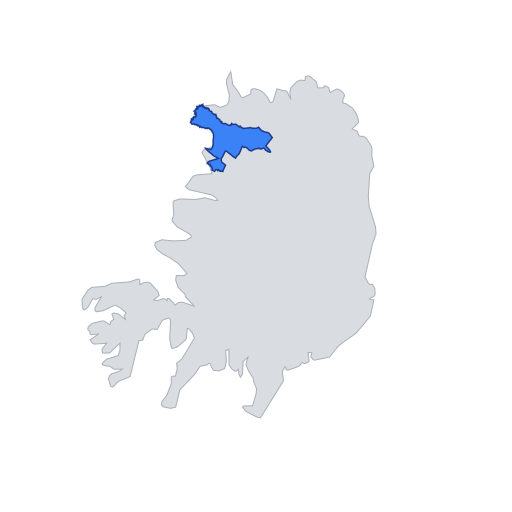 Norðurþing, Norðurland eystra, Iceland shown in context, rotated 300°
{"feature_id": "244011B18729557885943", "entity_name": "Norðurþing", "entity_type": "district", "adm_level": 2, "iso_a3": "ISL", "parent_name": "Iceland", "parent_adm1": "Norðurland eystra", "projection": "orthographic", "projection_center": [-16.378, 66.009], "detail": "fine", "context": "in_parent", "style": "filled", "palette": "blue", "viewbox_px": 512, "rotation_deg": 300, "n_neighbors": 0, "source": "geoboundaries", "source_scale": "gbopen_adm2", "svg_char_len": 9416}
<svg xmlns="http://www.w3.org/2000/svg" viewBox="0 0 512 512"><g transform="rotate(300 256 256)"><path d="M372.0,155.2L375.8,155.4L382.0,152.5L390.7,144.1L394.4,142.2L403.0,142.0L392.8,150.2L389.1,159.0L386.3,163.4L386.3,165.3L393.8,170.4L397.3,168.6L398.9,169.2L400.4,171.7L401.5,176.6L401.0,181.8L399.0,187.0L396.2,191.4L396.6,192.8L399.0,193.4L411.2,190.5L412.8,196.8L413.9,198.8L413.7,201.0L409.0,207.9L414.6,203.5L419.2,202.1L427.1,204.0L430.4,206.3L432.4,210.6L436.3,209.0L438.2,211.4L438.3,214.1L436.9,221.4L432.4,225.2L435.4,230.3L437.8,230.3L438.2,231.5L438.1,234.6L434.6,238.4L440.8,242.2L441.6,243.7L441.4,248.3L440.5,251.0L438.8,252.6L434.5,253.1L431.9,254.9L432.9,257.7L432.3,265.6L429.1,272.2L426.0,275.7L422.9,278.0L414.1,275.8L414.6,281.4L411.6,284.9L412.3,287.7L413.4,289.1L413.0,292.8L409.2,300.5L406.4,303.1L400.7,306.2L392.7,313.2L384.3,313.3L363.9,323.4L355.8,328.9L341.2,344.8L335.0,349.0L324.4,350.9L292.3,360.9L288.5,367.1L288.3,368.5L289.7,370.9L287.1,375.3L282.2,378.4L279.9,378.3L276.0,375.5L275.4,376.8L276.9,380.1L261.0,385.1L239.2,381.3L220.3,372.6L205.1,370.1L195.0,358.7L194.9,357.0L196.2,353.8L200.2,352.7L198.5,349.3L191.7,354.5L189.6,354.2L187.0,351.7L187.1,349.5L181.8,348.2L173.0,340.7L172.4,339.1L174.8,337.0L174.4,336.5L169.3,336.5L161.6,342.2L118.1,340.8L116.9,337.3L116.4,324.8L118.4,319.8L120.1,320.4L124.5,327.9L136.4,325.1L141.3,322.9L146.2,316.6L148.8,314.7L153.1,306.4L157.0,301.5L164.4,299.6L158.1,297.6L146.8,303.5L143.2,303.2L145.1,300.3L149.1,297.3L146.6,296.8L145.7,295.2L145.9,292.0L148.2,287.1L161.6,279.1L158.8,277.1L149.5,283.3L142.9,285.1L138.0,281.5L135.9,276.9L136.3,275.1L139.8,269.9L139.4,268.8L137.4,268.1L132.3,262.6L123.5,262.2L102.1,257.0L84.9,262.0L81.4,258.3L79.0,251.0L79.9,248.4L83.0,247.3L90.9,248.4L103.0,246.5L108.8,243.1L110.7,244.3L111.5,246.3L119.1,244.1L123.3,240.9L129.6,243.3L154.1,243.7L157.6,239.3L159.4,233.9L158.9,232.7L149.6,237.0L147.5,236.7L137.5,233.1L134.0,229.6L135.5,227.3L141.4,222.5L156.1,215.0L158.2,213.4L158.6,211.3L153.4,207.0L143.0,207.1L140.8,202.4L132.5,198.9L126.6,200.0L123.8,197.0L88.6,207.3L78.5,199.5L70.8,197.4L70.4,195.3L75.7,189.7L78.9,189.0L82.0,189.9L87.4,195.0L91.3,196.8L87.0,189.9L87.4,183.8L86.0,182.0L85.0,177.8L85.8,176.5L91.8,178.1L100.8,186.3L105.7,185.6L112.5,181.8L98.8,177.7L95.2,171.6L98.5,169.1L105.7,170.3L98.8,159.9L98.6,158.1L100.4,154.1L110.0,158.9L105.4,152.7L105.4,151.4L107.0,150.5L108.2,147.1L110.9,146.1L115.7,147.8L122.9,155.2L123.8,157.2L123.4,163.9L126.6,163.1L130.2,164.4L133.7,160.2L135.7,161.5L136.9,165.7L135.8,174.6L138.3,171.7L141.9,171.8L143.2,164.6L143.1,158.6L131.9,150.7L127.7,145.3L128.4,143.7L130.9,142.4L143.4,142.5L138.4,139.1L137.4,136.0L127.9,136.1L123.3,134.4L123.3,132.9L125.5,130.9L131.6,126.9L142.4,127.6L146.6,129.3L154.0,140.1L160.3,144.8L170.4,159.5L177.2,165.3L177.4,166.7L176.1,168.1L173.1,169.7L177.2,172.4L179.6,176.2L179.7,177.8L176.4,188.6L173.4,191.9L166.8,189.3L168.1,192.9L172.6,197.0L173.5,199.2L172.7,201.2L175.0,200.7L175.7,202.0L174.1,208.1L172.7,210.3L176.7,211.9L179.2,215.2L181.7,228.0L184.3,218.5L185.5,215.0L187.3,213.8L189.9,204.1L194.9,198.6L199.3,196.7L203.3,203.9L206.4,204.8L210.5,192.9L211.4,184.0L211.1,174.1L212.1,167.2L214.5,163.1L217.4,162.0L223.1,166.5L227.6,176.6L234.6,187.6L239.8,190.5L240.8,190.2L241.9,186.8L241.8,172.8L244.6,165.5L250.9,164.0L260.6,157.6L262.8,157.4L267.3,161.5L275.1,175.9L280.9,182.6L283.7,193.1L285.0,195.1L286.4,191.8L286.7,187.2L280.1,165.5L280.1,162.6L280.9,160.2L293.8,161.7L296.6,164.2L305.3,176.7L309.8,171.7L318.8,157.3L321.8,157.8L329.2,163.8L332.2,163.3L340.9,158.0L342.8,151.3L339.1,137.5L340.7,134.7L348.6,131.2L357.3,131.9L366.3,144.6L366.7,150.6L372.0,155.2Z" fill="#d9dde1" stroke="#a8b0b8" stroke-width="1"/><path d="M360.0,140.0L359.5,139.7L359.3,139.9L358.9,139.8L358.9,139.2L359.5,138.6L358.9,138.1L358.6,138.1L358.6,137.9L358.9,137.9L358.9,137.4L358.6,137.1L358.5,136.9L358.6,136.7L358.8,136.5L358.9,136.9L359.2,136.8L359.2,136.6L359.2,136.3L358.8,136.3L358.9,136.1L358.9,135.8L358.7,135.4L359.4,135.0L359.6,135.1L359.8,134.7L359.6,134.5L359.3,134.7L359.1,134.2L359.3,134.3L359.9,134.1L360.2,134.3L360.4,134.2L359.9,134.0L359.4,134.2L359.2,134.1L359.0,133.9L359.2,133.5L359.5,133.3L358.9,133.1L358.8,132.9L358.3,133.4L358.0,133.2L357.9,133.0L358.0,132.7L358.1,132.4L358.3,132.4L358.3,132.0L358.1,131.9L357.8,132.2L358.1,132.4L358.1,132.6L357.6,132.5L357.7,132.4L357.5,132.2L357.7,131.7L357.0,131.8L356.6,131.6L356.5,130.9L356.0,130.1L355.8,130.0L355.7,130.1L355.8,130.1L355.8,130.8L355.6,131.2L355.3,131.2L354.8,130.9L354.6,130.9L354.6,131.1L354.7,130.9L355.2,131.2L354.8,131.2L354.7,131.9L354.6,132.0L354.4,131.7L354.5,131.6L354.3,131.7L354.1,131.4L354.1,131.2L353.9,131.2L354.1,131.1L353.9,130.9L353.7,130.9L353.7,131.1L353.2,130.8L352.9,130.4L352.5,130.5L351.7,130.3L350.7,130.7L350.5,130.1L350.4,130.0L350.3,130.4L350.1,130.7L350.2,131.1L350.1,131.3L350.1,131.7L349.7,132.6L349.5,132.9L349.0,132.9L349.3,132.9L349.0,133.1L348.6,132.4L348.9,132.3L348.9,132.5L348.9,132.0L348.6,131.9L348.4,132.3L348.7,132.5L348.6,132.8L348.3,133.1L348.5,133.4L348.4,133.7L347.5,134.1L346.9,134.0L346.6,134.3L345.9,134.2L345.9,133.8L345.7,133.6L345.8,133.3L345.4,133.1L345.1,132.4L344.8,132.3L344.0,132.3L343.9,132.6L343.9,132.8L343.5,132.8L343.3,133.1L342.9,133.3L342.7,133.1L342.8,132.9L342.7,132.8L342.8,132.7L342.8,132.4L342.9,132.2L342.5,131.8L342.5,131.6L341.1,132.1L341.3,132.2L341.4,132.4L341.2,132.7L340.7,132.2L339.8,132.6L339.1,132.3L339.0,132.5L338.9,133.0L338.4,133.9L338.4,134.3L338.2,134.4L338.2,134.7L338.7,135.3L338.8,135.6L339.0,135.8L339.2,136.2L339.1,136.8L339.3,136.9L339.1,137.2L339.6,137.6L339.9,138.7L340.5,139.9L340.3,140.2L340.0,140.2L339.9,140.0L339.6,140.2L339.7,140.4L339.7,140.8L340.1,141.2L340.1,141.7L340.2,141.9L340.2,142.3L339.9,142.9L340.1,142.9L340.3,143.4L340.2,143.7L340.2,144.1L340.1,144.5L340.2,145.1L340.9,145.7L340.9,146.2L341.2,146.5L341.1,146.9L341.3,147.4L341.3,148.0L341.2,148.2L341.5,148.3L341.4,148.8L341.5,149.0L342.0,149.1L342.1,149.7L342.3,149.6L342.6,150.0L342.5,150.4L342.4,150.6L342.8,150.8L343.2,151.3L343.1,152.2L342.8,152.6L342.7,153.0L342.9,154.0L342.8,154.3L342.4,155.3L341.9,155.8L341.5,156.1L341.5,156.4L341.5,156.6L340.4,158.1L338.1,159.6L333.4,161.7L331.9,162.8L330.0,163.5L328.1,164.0L326.0,163.8L325.5,163.6L325.5,163.4L325.6,162.9L325.5,162.5L324.5,161.0L324.6,160.7L324.3,159.3L324.3,159.0L324.0,158.4L322.8,162.4L322.1,167.2L321.7,168.4L321.7,174.6L314.6,168.1L313.9,168.1L313.8,167.7L313.1,167.3L312.5,167.2L311.7,167.5L312.1,168.1L312.0,168.5L311.9,169.0L311.7,169.5L311.8,169.9L311.7,170.3L312.2,170.0L312.3,170.2L312.1,170.2L312.3,170.3L312.3,170.5L311.9,171.1L311.0,171.8L311.1,172.1L310.8,172.6L311.1,172.9L311.0,173.3L310.0,174.0L310.0,174.5L308.5,174.8L308.7,177.3L308.6,177.7L310.9,178.2L311.0,178.9L311.2,179.1L311.3,179.7L310.9,180.3L311.4,180.4L311.4,180.2L312.1,180.5L311.8,181.0L311.6,181.6L311.6,182.1L311.4,182.5L312.1,183.8L312.4,184.0L312.5,184.4L312.5,184.7L312.6,185.0L314.3,184.6L319.4,184.2L320.2,179.1L322.8,177.2L324.7,177.4L331.5,177.0L332.0,178.4L331.5,180.7L331.3,182.9L330.6,186.8L330.5,189.3L332.7,189.4L336.3,190.3L344.2,189.3L344.1,189.9L344.2,190.3L344.3,190.9L344.0,191.5L345.0,192.5L345.1,193.4L345.0,194.6L344.3,196.9L344.5,199.1L345.0,199.8L346.0,200.1L346.6,200.7L348.9,202.2L349.2,203.0L349.5,203.5L350.4,204.0L350.5,204.8L351.0,205.1L351.0,205.3L350.8,206.3L351.3,207.0L353.3,208.5L353.3,209.1L353.1,210.0L352.4,211.6L352.4,212.0L352.5,213.1L352.3,214.4L352.7,215.0L352.7,215.7L353.2,216.6L353.3,216.6L354.5,215.0L356.3,209.4L366.7,210.9L368.4,206.8L368.7,206.5L368.8,205.8L368.8,205.2L368.7,204.8L368.8,204.3L368.5,203.5L368.2,203.2L367.7,201.3L367.7,200.4L367.5,199.9L367.7,199.5L367.4,199.0L367.5,197.7L368.8,193.8L367.1,192.8L366.4,191.8L365.1,189.6L364.5,187.7L364.3,186.6L363.0,185.4L362.7,184.7L361.8,183.7L360.8,182.1L360.1,181.4L360.2,181.2L360.2,180.3L360.0,179.9L360.1,179.7L360.0,179.4L360.1,179.0L360.3,178.0L360.2,177.8L360.5,177.5L360.6,177.2L360.3,177.1L360.2,177.3L360.0,177.0L359.7,176.8L359.5,177.1L359.4,177.0L360.1,172.8L358.4,170.1L358.5,168.8L358.0,169.1L357.6,169.2L357.5,168.9L357.4,168.8L357.4,168.6L357.2,168.5L356.8,168.8L356.5,168.4L356.1,168.2L356.1,167.8L355.9,167.7L355.4,166.5L355.5,163.3L354.1,161.4L354.2,161.2L354.2,160.6L354.5,160.1L354.4,159.9L354.5,159.8L354.3,159.8L354.3,159.5L354.2,159.4L354.5,159.1L354.3,159.1L354.5,158.7L354.6,158.9L355.0,158.8L355.0,158.6L354.8,158.5L355.0,158.3L354.9,158.1L354.9,157.8L355.0,157.5L354.9,157.4L355.3,156.9L355.8,156.6L355.9,156.2L356.0,155.8L355.9,155.6L356.0,155.5L356.0,155.1L356.1,154.7L356.2,154.2L356.0,153.8L355.7,153.5L355.7,153.3L355.6,153.1L356.1,152.6L356.5,152.6L356.8,152.3L356.8,152.2L357.1,152.0L357.3,151.5L357.5,151.4L357.6,151.2L358.4,150.5L358.3,150.4L358.4,150.2L358.2,150.1L357.6,149.2L357.8,148.8L357.6,148.6L357.6,148.1L357.9,147.5L357.8,147.2L357.6,146.9L357.7,146.6L357.8,146.4L358.6,145.8L359.0,145.0L358.8,144.6L358.4,144.2L358.6,143.7L358.6,143.2L359.0,142.4L359.0,142.2L359.4,142.1L359.2,141.8L359.3,141.7L360.0,141.1L359.9,140.7L360.1,140.2L360.0,140.0ZM353.3,130.4L353.1,130.4L353.5,130.6L353.4,130.6L353.9,130.8L353.3,130.4ZM343.7,132.3L343.2,132.3L343.2,132.5L343.7,132.3ZM354.5,131.3L354.6,131.1L354.3,131.3L354.5,131.3ZM354.2,131.2L354.0,130.8L354.1,131.1L354.2,131.2ZM340.0,142.5L339.9,142.4L339.8,142.5L340.0,142.5Z" fill="#3b82f6" stroke="#1e3a8a" stroke-width="1.5"/></g></svg>